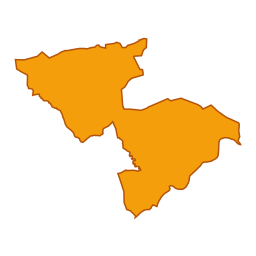 outline of Rimin Gado, Kano, Nigeria
{"feature_id": "59680162B46553103488347", "entity_name": "Rimin Gado", "entity_type": "district", "adm_level": 2, "iso_a3": "NGA", "parent_name": "Nigeria", "parent_adm1": "Kano", "projection": "orthographic", "projection_center": [8.273, 11.925], "detail": "fine", "context": "isolated", "style": "filled", "palette": "amber", "viewbox_px": 256, "rotation_deg": 0, "n_neighbors": 0, "source": "geoboundaries", "source_scale": "gbopen_adm2", "svg_char_len": 4409}
<svg xmlns="http://www.w3.org/2000/svg" viewBox="0 0 256 256"><path d="M135.2,217.5L137.1,216.1L139.1,214.0L141.0,212.3L143.7,210.5L145.9,209.7L148.2,209.5L149.1,209.7L150.2,208.9L151.2,207.9L151.7,206.5L152.9,204.9L156.9,206.5L157.7,203.6L159.1,200.7L161.1,197.4L162.8,195.3L164.6,193.5L168.9,190.8L169.8,189.7L170.0,188.6L169.5,187.5L169.3,186.7L170.2,185.7L171.6,185.8L173.1,186.3L174.5,187.4L175.8,188.4L178.2,189.2L181.5,189.3L183.0,189.1L185.4,187.5L186.3,186.4L188.3,182.9L189.1,180.2L189.3,178.8L189.5,177.0L190.0,175.7L192.9,173.0L194.9,171.2L198.6,167.5L200.4,165.8L202.1,163.1L203.6,162.2L207.1,162.0L211.0,161.2L212.6,160.4L215.7,158.7L217.4,157.1L218.2,155.1L218.4,152.3L218.7,149.1L218.7,146.9L218.9,142.8L219.3,140.9L219.7,140.1L220.5,139.3L222.3,138.3L224.6,137.7L227.0,137.8L229.3,138.2L231.0,139.0L233.8,139.7L235.8,141.3L237.0,142.9L238.3,143.9L238.5,144.0L239.8,144.6L240.6,144.6L240.0,143.5L239.1,142.4L238.1,140.6L238.7,138.9L239.7,136.7L239.2,133.8L239.0,132.5L238.9,131.6L238.7,129.7L239.1,128.0L239.1,126.9L239.1,126.5L239.2,125.5L239.2,124.4L238.7,122.9L226.1,117.2L217.8,111.3L211.1,105.1L202.8,109.1L201.2,106.8L198.0,104.7L181.2,98.3L180.7,98.3L170.8,100.8L169.3,99.9L168.9,99.6L167.8,98.7L148.0,107.2L147.3,108.0L144.2,109.2L140.4,110.4L138.2,110.0L130.6,109.2L124.1,109.1L122.7,105.6L121.6,91.4L121.4,89.5L124.6,87.2L126.8,83.9L128.2,81.3L131.7,78.3L137.4,76.6L143.1,75.0L143.1,72.9L142.5,69.6L139.9,69.4L133.7,57.0L133.8,56.5L134.2,56.2L141.5,55.7L143.4,50.0L146.3,47.6L146.7,39.0L144.1,38.5L142.7,38.8L141.8,39.5L140.9,39.4L140.3,40.0L139.0,40.1L138.8,41.0L136.5,42.2L134.0,43.5L127.7,45.4L125.9,47.4L122.3,47.6L120.1,43.6L116.5,42.3L114.2,43.5L105.6,44.6L105.6,48.1L100.0,46.8L98.7,45.0L96.6,45.4L95.1,47.0L90.9,47.7L86.9,48.9L84.6,48.5L79.5,48.5L76.7,48.9L67.9,50.5L64.9,50.6L60.8,52.3L58.3,54.0L54.5,55.7L49.3,58.0L42.1,52.0L37.4,56.3L24.2,59.9L15.4,59.6L16.7,69.0L21.6,72.0L27.5,75.1L27.4,81.8L27.3,85.5L28.1,86.6L28.5,87.7L28.6,88.5L32.0,88.9L33.3,90.7L32.7,95.3L33.7,95.0L37.2,94.3L39.1,94.2L39.4,94.5L39.3,95.0L39.4,95.6L39.4,96.1L40.0,96.7L40.5,97.1L41.1,97.3L41.1,98.3L41.7,98.6L42.6,98.8L42.9,99.3L43.0,99.9L43.4,100.4L44.0,100.7L44.6,100.8L45.2,100.7L46.3,100.8L47.5,100.9L48.0,101.2L48.3,101.5L48.8,102.0L48.8,102.7L49.4,102.6L49.8,103.0L50.0,103.5L50.6,103.7L50.8,104.5L51.3,105.2L51.7,105.7L51.9,106.4L52.2,106.9L53.1,107.2L54.1,107.8L54.8,108.1L55.3,108.2L56.2,108.1L56.7,108.1L56.7,108.7L57.2,109.2L57.7,109.4L58.2,109.6L58.7,109.9L59.4,110.1L60.2,110.7L62.3,114.6L62.8,117.1L64.0,119.5L65.3,124.0L67.0,127.0L69.5,129.0L71.3,130.4L73.8,133.2L74.4,135.8L75.5,137.0L77.7,137.6L79.4,138.6L79.9,140.2L81.0,141.8L82.8,142.4L87.8,138.2L90.3,136.2L91.0,135.8L92.1,135.9L92.8,135.6L93.7,135.5L94.5,135.2L95.7,135.6L97.5,135.4L98.5,135.7L99.3,135.6L100.0,135.8L101.4,134.6L101.6,134.4L102.3,134.4L102.8,133.7L103.1,133.3L102.7,132.0L103.1,129.5L103.5,128.6L104.7,127.9L108.6,126.0L112.7,121.8L115.9,129.0L116.3,131.1L117.7,137.9L119.3,137.8L119.5,138.1L119.8,138.8L120.6,139.1L121.2,139.6L121.9,140.2L122.6,140.9L122.8,141.8L122.5,143.4L122.7,143.8L123.1,144.4L123.0,144.7L122.8,145.3L123.0,145.8L123.1,146.1L123.0,147.0L123.0,147.7L123.4,148.4L125.2,149.2L126.8,150.6L127.7,151.1L128.5,151.4L129.1,151.8L129.7,152.2L130.1,152.9L130.0,153.4L129.8,154.0L129.5,154.5L129.5,155.1L129.5,155.7L129.7,156.1L129.9,156.5L130.2,156.5L130.6,156.4L130.7,156.0L130.9,155.7L131.3,155.6L131.9,155.6L132.3,156.2L132.3,156.6L132.4,157.2L132.2,157.9L131.8,158.2L131.5,158.5L132.0,159.3L132.6,159.3L133.1,159.1L134.0,158.8L134.7,158.9L135.1,159.4L135.4,160.1L135.2,160.5L134.9,160.7L134.5,160.6L133.6,160.8L133.0,161.2L132.9,161.7L133.1,162.1L133.1,162.7L133.0,163.2L133.0,163.7L133.4,163.9L133.5,163.6L133.8,163.5L134.2,163.5L135.0,164.1L135.2,164.8L134.7,164.9L134.7,165.8L135.0,166.6L135.7,166.8L136.2,166.7L136.2,166.4L136.6,166.3L137.6,166.4L138.5,166.7L139.1,166.9L139.5,167.5L139.6,167.9L139.2,167.8L138.9,167.7L138.8,168.4L138.8,168.8L139.1,169.1L139.5,169.2L139.6,168.9L140.1,168.8L140.4,169.1L140.6,169.5L140.7,170.1L139.1,170.6L138.5,171.2L136.8,170.9L134.5,170.4L132.9,170.3L130.7,170.4L128.6,170.5L127.0,170.4L126.4,170.7L126.1,170.5L125.9,170.2L125.3,170.2L125.0,170.5L124.2,171.0L120.6,173.0L117.9,173.5L119.6,178.4L121.9,185.3L123.9,191.5L124.1,202.4L126.7,209.5L130.4,210.8L134.1,214.4L135.6,216.2L135.2,217.5Z" fill="#f59e0b" stroke="#b45309" stroke-width="1.5"/></svg>